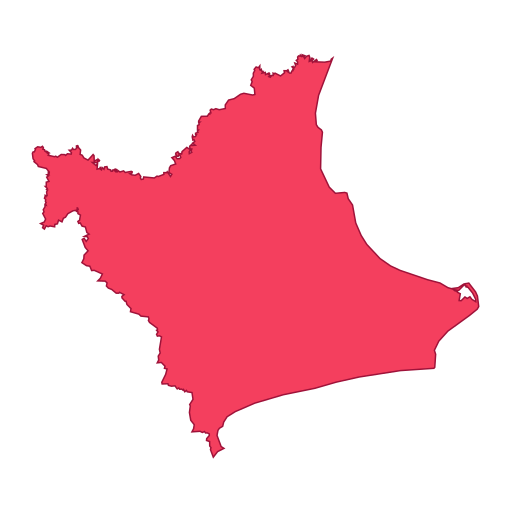 the district of Necoclí, Antioquia, Colombia, rotated 179°
{"feature_id": "7082276B32018425198797", "entity_name": "Necoclí", "entity_type": "district", "adm_level": 2, "iso_a3": "COL", "parent_name": "Colombia", "parent_adm1": "Antioquia", "projection": "albers", "projection_center": [-76.605, 8.491], "detail": "fine", "context": "isolated", "style": "filled", "palette": "rose", "viewbox_px": 512, "rotation_deg": 179, "n_neighbors": 0, "source": "geoboundaries", "source_scale": "gbopen_adm2", "svg_char_len": 6102}
<svg xmlns="http://www.w3.org/2000/svg" viewBox="0 0 512 512"><g transform="rotate(179 256 256)"><path d="M302.2,55.6L297.8,61.1L291.4,64.2L294.2,66.1L298.1,77.3L297.1,82.3L295.6,84.4L292.3,86.3L291.2,90.5L287.7,95.8L279.4,100.8L259.8,108.9L231.2,116.8L199.4,122.7L177.9,128.5L155.1,133.2L113.7,138.9L80.1,140.6L79.2,141.6L78.1,154.6L79.3,158.6L74.7,167.7L65.4,177.6L43.5,192.9L35.7,199.0L34.2,201.6L35.3,212.1L37.1,216.3L43.7,225.2L48.6,224.4L54.3,220.8L61.0,220.0L59.9,220.0L56.9,217.8L57.0,218.6L54.0,218.0L47.7,224.2L47.2,222.5L45.9,222.2L46.4,221.5L44.5,220.9L40.1,215.2L37.1,208.9L37.1,206.5L40.9,208.9L42.8,211.5L45.6,209.9L47.8,211.4L51.7,207.7L53.7,207.9L52.4,214.7L55.2,216.2L55.5,217.6L57.5,217.6L59.8,219.5L64.7,221.0L72.5,225.8L84.9,229.3L112.2,239.1L121.6,243.7L132.1,251.3L145.0,265.6L150.5,274.7L155.7,287.3L158.6,305.3L162.8,311.7L164.0,317.3L166.2,318.0L175.5,317.3L181.6,323.6L189.9,342.0L189.1,363.5L187.4,378.6L188.4,380.9L191.8,383.6L193.4,386.3L194.1,397.8L190.6,415.6L175.9,452.5L177.4,451.4L177.8,449.6L183.9,448.6L193.2,449.1L191.5,450.5L192.1,451.4L196.0,448.5L196.7,450.2L195.0,451.9L196.2,452.8L197.1,452.8L198.0,450.1L199.4,449.6L198.8,453.7L199.5,455.6L202.0,454.8L203.9,452.6L204.7,454.2L203.6,455.4L206.3,456.4L205.9,454.8L207.0,454.6L208.2,456.1L208.5,455.1L210.0,455.3L210.9,454.2L210.7,452.0L212.3,450.9L211.0,449.4L211.1,447.1L213.8,448.2L213.0,445.8L214.1,444.0L215.4,443.6L215.6,444.9L216.7,444.5L214.9,442.4L216.0,441.9L215.8,440.7L217.0,440.3L217.7,438.4L219.0,438.2L221.0,439.6L220.1,440.1L220.8,441.6L222.1,440.7L224.7,440.8L224.3,438.7L228.3,435.6L233.8,438.5L234.5,437.8L235.7,438.5L235.7,436.2L237.2,436.2L238.6,434.5L240.0,435.1L238.5,436.3L240.2,437.2L239.3,438.2L239.8,438.8L243.3,437.2L243.5,439.4L246.8,438.7L245.7,440.4L246.8,440.5L247.5,442.5L248.1,441.7L249.0,442.2L248.9,446.0L250.3,444.2L252.6,445.0L254.6,442.7L254.0,441.4L255.5,438.8L255.5,435.7L257.7,432.2L256.8,430.4L258.3,426.7L254.8,423.9L254.3,417.5L256.5,417.0L265.3,418.9L268.6,418.0L275.1,413.7L280.7,412.4L284.1,407.6L284.1,404.0L290.2,402.9L293.6,404.0L295.9,403.0L298.1,403.7L299.3,402.6L298.6,399.9L299.8,399.7L299.8,398.6L300.7,398.9L302.2,396.6L308.2,396.6L311.0,391.9L311.0,390.8L309.9,390.8L310.8,390.1L310.6,388.3L312.2,387.5L312.3,383.3L311.3,383.0L312.4,381.9L311.9,380.6L314.3,379.8L314.3,378.5L313.4,378.3L314.4,376.5L316.4,376.2L317.3,377.7L317.7,376.3L317.1,373.0L316.0,373.5L315.2,371.6L317.3,370.0L314.8,367.8L318.0,367.6L318.1,368.9L320.4,366.9L320.1,364.3L318.3,364.1L319.1,361.9L318.4,360.8L320.9,359.5L321.0,361.4L319.7,363.4L323.3,365.8L328.1,361.7L328.6,359.3L331.6,360.1L332.3,361.6L334.2,360.5L334.6,359.4L333.2,357.2L332.1,357.0L331.4,358.4L330.2,358.1L329.5,355.8L330.6,354.7L333.1,354.6L335.0,357.2L338.4,355.8L335.9,352.8L334.7,349.4L339.7,347.8L341.0,345.7L341.6,341.0L338.7,339.2L340.1,337.0L343.3,341.8L343.8,340.9L346.7,341.0L346.7,339.2L352.3,337.2L353.6,337.6L356.3,335.8L366.9,337.0L367.3,334.9L369.4,334.5L370.3,336.0L369.8,337.5L371.9,340.6L375.4,338.8L378.7,339.3L380.7,340.5L378.5,341.2L378.3,342.3L379.2,342.8L385.3,341.8L386.9,343.4L390.6,342.4L392.3,343.7L393.0,342.6L394.2,342.6L393.6,344.8L395.2,345.4L396.0,345.0L395.0,344.0L395.4,343.3L396.3,344.4L398.0,344.4L398.0,343.3L399.4,343.2L400.2,344.8L402.7,345.4L403.5,348.0L405.8,347.7L406.5,345.4L408.3,347.1L409.0,344.8L410.2,345.6L409.9,347.9L410.8,346.2L413.4,345.6L412.8,351.2L414.4,349.3L418.0,352.4L413.3,352.1L412.5,353.8L411.3,353.5L410.8,354.3L412.2,355.6L412.4,354.2L413.5,355.0L416.1,353.6L416.2,359.2L417.1,360.3L422.3,354.8L426.3,357.0L428.0,359.8L430.1,360.7L429.5,365.0L431.7,367.7L432.8,367.6L431.9,368.9L432.4,369.5L433.6,369.2L433.6,366.9L434.7,365.7L436.7,365.7L437.5,366.9L438.6,365.1L440.9,365.0L438.7,362.5L439.0,361.1L442.8,361.5L444.6,359.9L445.4,360.7L449.0,360.9L452.9,358.2L454.5,359.3L455.6,358.8L462.0,360.3L461.4,361.5L463.1,362.8L461.4,362.9L463.4,364.4L465.1,364.4L465.6,366.0L467.2,366.5L466.7,368.1L467.6,369.4L469.2,368.4L472.4,369.0L475.1,367.2L474.7,366.3L475.8,364.0L477.0,364.0L477.8,362.6L477.2,357.1L475.7,355.0L476.3,354.2L472.8,351.2L472.1,349.3L464.1,347.2L461.2,343.5L461.6,341.5L462.2,342.3L462.2,341.2L463.2,341.0L462.1,340.5L462.9,340.2L462.3,339.6L463.9,338.5L461.7,334.2L464.4,333.5L464.5,329.2L465.4,329.2L463.5,327.2L464.3,326.1L463.2,325.6L464.3,323.7L463.8,320.1L465.7,320.3L465.0,319.0L466.0,318.9L466.5,317.4L465.3,316.3L465.6,314.1L464.9,313.1L465.7,312.0L465.0,310.5L466.1,310.9L466.1,308.9L467.9,306.0L467.2,303.8L468.5,302.3L465.7,296.6L467.1,293.7L470.8,292.2L467.8,290.5L468.9,288.0L467.1,286.6L465.2,289.9L463.4,288.9L461.4,289.6L456.8,288.7L456.6,291.1L454.0,291.6L452.8,295.3L449.4,293.5L447.9,297.1L445.8,298.1L443.4,301.6L438.2,304.4L434.1,305.0L433.9,307.2L433.5,307.1L432.9,305.6L434.6,303.7L433.2,303.1L433.3,301.5L430.8,300.0L431.8,294.8L433.5,293.7L432.7,291.7L431.1,292.1L429.4,288.9L426.1,288.0L424.7,282.5L422.5,280.8L427.2,278.6L424.4,278.2L423.3,276.5L425.5,273.6L427.6,276.7L429.5,275.6L426.6,267.5L423.8,264.1L427.9,259.9L428.2,256.3L430.2,252.4L425.7,249.3L422.3,248.7L420.6,244.3L418.0,244.5L409.9,240.7L412.1,236.3L414.6,233.9L407.2,233.5L405.4,231.7L406.1,228.6L404.2,226.5L400.7,225.0L396.5,221.3L393.8,221.2L393.1,222.1L388.6,219.6L390.8,218.0L390.7,216.4L387.8,213.1L386.7,213.0L385.9,209.8L381.9,205.6L382.5,202.5L374.1,199.9L372.1,197.9L364.7,197.0L364.1,195.0L364.7,193.4L363.6,191.4L355.9,185.5L355.8,184.0L356.7,183.5L355.3,181.8L356.8,179.4L356.0,177.6L354.0,177.9L351.9,176.8L354.2,164.4L353.5,160.7L355.5,157.6L355.1,153.7L356.6,150.9L352.5,151.2L348.9,147.4L349.5,145.3L346.9,144.6L348.4,139.2L352.4,131.4L352.1,129.7L346.3,129.8L345.8,128.2L342.8,127.3L339.3,127.6L337.1,124.5L335.5,125.4L334.7,124.1L332.6,124.2L331.4,123.2L330.8,123.8L329.6,121.5L327.9,122.8L327.1,121.4L322.4,120.6L321.5,113.8L324.9,108.6L324.3,107.3L325.3,100.7L324.1,92.9L320.7,88.4L321.4,84.4L323.1,81.3L315.0,81.7L312.7,80.5L310.6,81.4L309.5,79.9L307.8,80.0L305.8,78.9L305.8,77.4L308.5,74.3L308.7,72.4L305.6,71.3L305.6,66.9L304.4,65.2L304.9,63.2L302.2,55.6Z" fill="#f43f5e" stroke="#9f1239" stroke-width="1.5"/></g></svg>